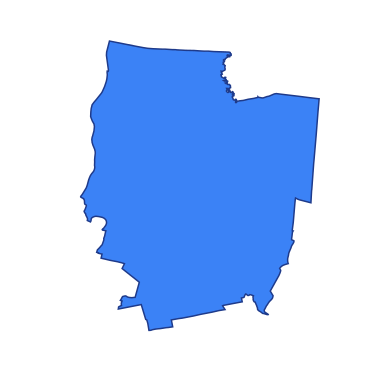 Bobicesti, Olt, Romania (Robinson projection), rotated 14°
{"feature_id": "2599482B15000431260960", "entity_name": "Bobicesti", "entity_type": "district", "adm_level": 2, "iso_a3": "ROU", "parent_name": "Romania", "parent_adm1": "Olt", "projection": "robinson", "projection_center": [24.159, 44.386], "detail": "fine", "context": "isolated", "style": "filled", "palette": "blue", "viewbox_px": 384, "rotation_deg": 14, "n_neighbors": 0, "source": "geoboundaries", "source_scale": "gbopen_adm2", "svg_char_len": 5755}
<svg xmlns="http://www.w3.org/2000/svg" viewBox="0 0 384 384"><g transform="rotate(14 192 192)"><path d="M295.6,292.4L295.3,292.2L291.7,290.9L291.2,290.4L290.7,289.5L290.7,288.7L291.0,287.9L291.8,284.3L292.3,283.3L292.9,281.3L293.7,279.4L294.6,278.0L295.4,276.5L295.8,275.3L295.8,274.8L295.8,273.1L291.9,269.2L296.5,252.1L296.9,249.7L297.1,247.7L297.0,246.5L295.5,244.9L296.0,243.8L296.8,242.5L298.1,241.1L300.1,239.7L302.7,238.2L302.4,237.8L301.5,235.9L301.0,233.8L300.9,232.9L300.9,229.9L300.7,228.4L300.8,226.9L301.5,222.6L301.7,220.1L302.6,217.4L302.9,216.0L302.8,214.8L302.4,214.6L300.2,214.2L300.0,213.5L299.8,211.7L299.7,210.7L299.2,207.0L299.5,205.5L298.9,205.8L298.5,204.7L297.6,196.9L294.6,178.4L294.0,174.1L293.9,172.8L296.4,173.4L298.3,173.6L310.0,173.7L307.7,161.7L307.6,160.5L303.1,134.5L302.5,130.5L298.5,105.4L294.8,83.5L293.8,77.0L292.8,70.8L291.5,71.0L282.7,72.1L272.5,73.3L254.4,75.6L250.0,76.1L248.0,77.0L243.7,80.3L241.6,81.3L238.6,83.3L238.0,83.6L236.9,83.8L234.9,83.9L233.5,84.1L232.9,83.6L232.9,84.0L232.8,84.4L229.1,86.3L224.1,88.4L219.7,90.7L215.9,92.1L215.2,92.5L213.9,92.9L213.8,93.1L213.6,94.1L213.2,94.6L212.9,94.7L212.5,94.4L212.5,93.7L213.1,92.5L212.9,92.0L212.5,91.5L212.1,91.4L211.9,91.5L212.3,92.2L212.3,92.5L212.1,92.6L211.6,92.7L210.9,92.4L210.3,92.6L209.7,92.4L209.5,92.1L209.2,91.4L208.9,91.0L208.1,90.2L208.0,89.9L208.2,89.5L209.4,88.4L209.3,88.2L208.4,88.1L208.1,88.0L208.9,87.5L209.1,87.2L209.2,86.7L209.1,86.4L208.9,86.3L208.6,86.3L208.0,86.7L207.8,86.7L207.7,86.4L207.9,85.9L208.0,85.6L207.7,85.3L207.1,85.4L207.1,84.8L206.8,84.8L206.7,84.9L206.6,85.5L206.5,85.9L205.8,86.1L205.1,86.0L204.9,85.8L204.7,84.9L204.3,84.6L203.8,84.5L203.4,84.6L203.1,84.7L203.0,85.0L203.5,85.8L203.1,86.6L202.8,86.8L202.2,86.6L201.4,86.2L201.0,85.8L200.9,85.5L201.1,85.0L201.2,84.8L202.0,84.4L202.0,84.2L201.3,83.9L200.9,83.7L200.5,83.1L201.4,82.9L202.5,83.3L203.1,83.3L203.5,83.0L203.2,82.4L203.1,82.2L204.2,81.4L203.4,79.2L202.8,79.2L202.2,78.6L200.8,79.1L200.5,79.0L200.2,78.4L199.8,78.4L198.9,78.6L198.0,78.2L199.7,77.2L199.9,76.0L199.7,75.7L199.4,75.7L198.2,76.2L197.5,76.2L196.8,76.5L195.7,76.2L196.0,76.0L198.2,75.1L198.1,74.8L197.3,74.5L196.8,74.0L196.7,73.7L197.1,73.1L197.1,72.8L197.0,72.6L196.6,72.6L196.0,72.8L195.6,73.9L195.4,74.0L193.8,73.4L192.8,73.2L192.5,72.8L192.2,71.8L191.7,71.4L191.7,71.1L192.7,70.6L192.9,70.3L192.7,70.1L192.1,69.6L192.0,69.3L192.1,69.0L192.0,68.9L191.4,68.7L191.4,68.0L191.1,67.9L191.0,67.7L192.4,67.6L193.2,66.8L194.4,65.8L194.5,65.1L194.4,64.5L193.8,63.4L193.5,62.7L193.7,61.7L193.6,61.3L192.9,61.2L192.2,60.5L191.2,60.5L191.2,60.2L191.5,59.1L190.9,58.7L190.9,58.4L191.8,57.7L191.9,57.2L191.0,56.7L190.6,56.4L190.6,56.1L190.9,55.8L192.1,55.5L192.1,54.6L192.8,53.8L192.8,53.7L194.0,52.4L193.9,52.3L193.4,51.8L193.4,51.5L193.0,51.0L193.0,50.8L193.2,50.4L193.4,50.3L193.9,50.3L194.0,50.7L194.1,50.9L195.0,51.9L195.7,51.7L196.0,51.5L195.9,51.3L194.9,51.1L194.6,50.6L194.6,50.4L194.8,50.2L196.0,50.3L196.9,50.0L196.8,49.3L196.5,48.5L195.7,48.4L195.6,48.2L195.4,47.5L195.3,47.4L194.2,47.3L190.7,48.0L179.0,50.5L173.6,51.4L169.7,52.4L164.4,53.4L159.8,54.2L152.0,56.0L142.7,57.8L141.9,57.8L138.5,58.6L130.8,60.0L128.0,60.7L119.6,62.4L114.3,63.3L110.0,63.7L103.4,64.1L75.4,65.5L75.3,76.8L75.9,80.1L81.5,94.1L81.5,95.2L80.5,95.2L80.6,96.2L81.5,98.9L82.0,102.6L82.1,105.4L81.7,110.7L80.7,116.4L80.2,118.0L77.0,125.0L75.3,128.4L74.0,131.5L74.0,135.4L74.5,138.9L75.4,143.3L76.2,144.6L78.0,147.1L80.5,149.8L81.5,152.2L82.1,156.4L82.0,162.1L81.9,162.5L81.9,163.5L82.1,165.4L82.8,167.1L82.9,167.7L84.4,170.3L87.2,174.1L88.3,176.2L88.8,177.9L89.3,181.7L89.7,184.3L90.3,186.4L91.0,189.8L91.6,191.2L91.8,192.5L91.8,194.1L91.5,195.8L90.2,198.5L89.5,200.5L89.1,202.6L88.8,205.2L88.7,210.7L88.4,213.6L86.1,220.9L85.2,222.9L85.1,223.6L85.2,223.8L86.3,224.2L88.2,224.6L88.4,225.0L88.8,225.0L89.3,225.7L89.6,226.3L89.9,227.0L90.5,229.0L90.8,229.4L91.2,229.9L92.2,230.1L92.5,230.3L92.7,230.6L92.8,230.8L92.8,231.4L92.6,233.6L92.4,235.2L92.0,236.5L92.0,236.9L92.5,237.6L93.5,238.6L93.8,238.6L94.1,238.9L94.3,239.6L94.7,240.2L95.6,241.3L96.5,242.3L97.2,243.4L97.3,245.0L100.7,245.6L100.9,244.8L100.9,243.6L100.7,242.5L100.8,241.7L101.8,240.5L102.8,239.7L104.0,239.0L105.1,238.7L107.6,238.4L111.1,238.3L112.7,238.6L113.9,239.1L115.0,239.8L115.7,240.6L116.3,241.8L116.5,242.5L116.6,243.3L116.5,244.5L116.3,245.4L115.7,246.9L115.0,248.6L114.4,249.3L114.0,250.1L114.0,250.3L114.4,250.6L117.8,250.5L117.8,253.0L117.9,256.0L117.6,258.3L118.0,259.5L118.0,260.7L117.6,264.7L117.2,265.7L116.6,266.6L116.0,268.0L114.2,271.1L114.1,273.6L115.9,273.6L115.9,274.1L119.7,274.0L119.8,278.2L129.2,278.1L136.4,277.7L141.2,277.7L143.8,277.9L142.7,283.2L162.7,292.3L162.3,308.0L161.0,308.4L159.2,309.1L156.6,309.5L154.8,309.5L153.5,309.0L152.7,308.9L151.6,309.3L150.0,310.2L149.8,310.6L149.0,313.8L148.7,314.5L149.1,314.6L150.5,314.7L150.4,315.6L150.3,316.9L150.7,318.4L151.1,319.2L150.6,319.5L149.0,320.8L148.6,321.3L148.8,323.4L170.0,313.5L177.9,326.8L179.1,327.1L180.9,330.2L183.7,336.7L185.4,336.2L187.1,335.1L190.1,333.7L192.5,332.8L194.3,332.2L199.7,329.9L201.8,329.2L205.9,327.5L202.9,321.1L209.8,318.0L212.9,316.8L223.3,312.0L230.0,308.6L240.4,303.8L246.7,300.6L252.5,298.1L249.2,295.0L249.7,294.5L256.2,291.5L267.3,286.4L265.6,282.9L267.6,281.9L268.0,281.5L268.2,279.6L268.6,278.3L268.9,277.9L271.0,278.8L271.3,278.9L271.6,278.8L272.3,278.5L272.9,277.6L274.2,277.5L276.6,277.8L276.8,277.9L276.5,278.7L276.8,279.8L277.3,280.9L277.4,281.2L277.3,281.5L277.7,282.2L278.2,282.9L279.1,283.6L279.8,283.5L280.1,283.7L280.7,284.7L282.3,286.7L282.9,287.8L283.5,288.4L283.9,289.8L284.5,290.5L285.6,291.1L287.6,291.7L289.9,292.7L291.3,292.6L294.4,292.8L295.5,292.6L295.6,292.4Z" fill="#3b82f6" stroke="#1e3a8a" stroke-width="1.5"/></g></svg>